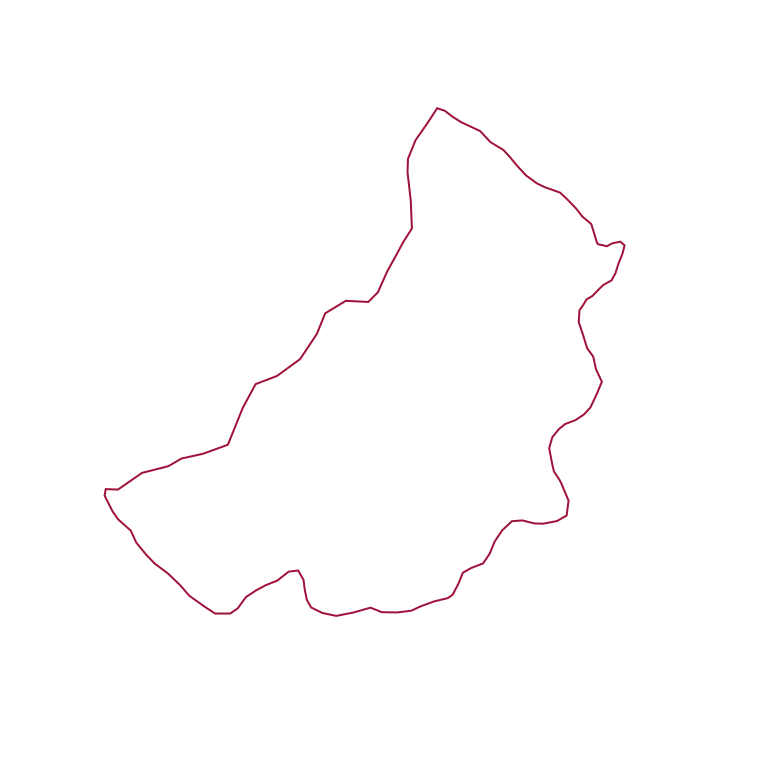 outline of Julfa District, Culfa, Azerbaijan, rotated 202°
{"feature_id": "54616110B53393721771174", "entity_name": "Julfa District", "entity_type": "district", "adm_level": 2, "iso_a3": "AZE", "parent_name": "Azerbaijan", "parent_adm1": "Culfa", "projection": "natural_earth1", "projection_center": [45.681, 39.144], "detail": "fine", "context": "isolated", "style": "outline", "palette": "rose", "viewbox_px": 768, "rotation_deg": 202, "n_neighbors": 0, "source": "geoboundaries", "source_scale": "gbopen_adm2", "svg_char_len": 1738}
<svg xmlns="http://www.w3.org/2000/svg" viewBox="0 0 768 768"><g transform="rotate(202 384 384)"><path d="M602.6,182.3L601.2,175.8L587.8,164.1L579.8,158.9L563.9,153.2L554.2,144.1L541.1,136.9L529.6,131.7L513.8,127.5L497.6,121.1L485.4,114.8L467.3,110.4L466.8,110.3L454.6,107.9L440.6,113.6L435.6,121.1L432.2,134.7L425.1,145.0L418.5,152.9L409.2,161.9L402.1,174.3L393.7,178.9L385.2,172.2L380.9,164.4L374.7,155.0L367.8,149.5L355.4,148.6L341.4,151.1L326.7,160.7L312.7,171.6L300.6,171.6L286.3,177.1L273.8,184.0L266.4,191.9L256.1,201.2L244.6,209.4L241.4,214.3L240.2,226.7L240.2,238.5L234.3,246.0L224.9,254.8L222.4,266.6L222.4,279.3L219.6,292.6L214.0,304.7L204.7,309.3L192.2,311.1L184.1,314.1L172.3,321.7L165.4,330.5L169.2,345.0L182.5,358.4L185.3,360.8L193.8,366.7L197.8,372.4L206.8,386.3L208.0,397.6L205.0,407.5L201.2,414.6L195.9,419.5L193.0,422.2L187.2,430.6L183.8,439.7L183.0,454.1L182.8,467.6L193.2,477.4L200.3,487.8L209.1,493.3L218.1,504.4L226.6,514.3L230.4,525.7L229.0,531.4L227.8,538.4L223.8,543.6L221.3,549.8L217.9,557.8L211.9,565.2L210.9,573.4L211.7,583.3L211.7,593.8L212.8,602.3L212.9,602.7L218.2,604.5L225.2,599.8L229.0,595.2L238.0,593.8L239.8,595.2L245.0,601.6L251.7,609.9L262.9,613.6L271.3,618.5L283.1,623.8L292.4,627.4L309.0,626.7L317.4,627.3L330.5,630.6L342.7,636.4L353.1,642.0L360.9,645.7L375.8,648.1L389.6,654.5L410.9,655.7L420.1,657.4L430.1,660.1L438.0,659.6L441.5,641.8L446.1,621.8L446.1,601.7L441.5,589.1L427.8,563.9L416.4,538.7L419.4,522.4L420.9,508.3L423.2,489.7L424.0,466.8L429.3,454.2L450.6,446.8L465.0,427.5L465.0,405.3L471.1,375.7L486.3,351.3L503.0,335.8L506.0,309.1L506.0,283.3L506.0,269.2L525.7,251.5L544.0,238.9L553.1,227.1L575.1,210.9L591.1,186.5L602.6,182.3Z" fill="none" stroke="#9f1239" stroke-width="2"/></g></svg>